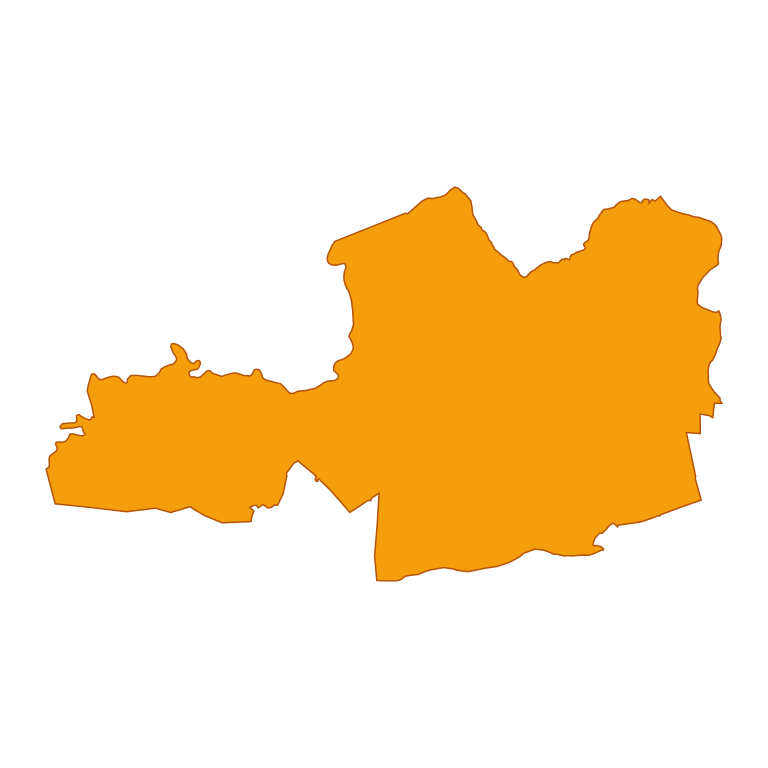 outline of Matlapa, San Luis Potosí, Mexico
{"feature_id": "50627088B6304595362200", "entity_name": "Matlapa", "entity_type": "district", "adm_level": 2, "iso_a3": "MEX", "parent_name": "Mexico", "parent_adm1": "San Luis Potosí", "projection": "albers", "projection_center": [-98.85, 21.333], "detail": "fine", "context": "isolated", "style": "filled", "palette": "amber", "viewbox_px": 768, "rotation_deg": 0, "n_neighbors": 0, "source": "geoboundaries", "source_scale": "gbopen_adm2", "svg_char_len": 6069}
<svg xmlns="http://www.w3.org/2000/svg" viewBox="0 0 768 768"><path d="M55.1,503.8L87.5,507.1L126.4,511.7L155.5,508.2L170.8,512.5L190.3,506.7L194.1,509.4L204.7,515.6L222.1,522.8L251.0,521.6L251.7,516.9L253.8,510.9L249.8,507.3L254.0,505.4L255.8,505.4L256.8,505.7L258.0,507.7L258.7,507.5L263.1,504.5L267.7,507.8L269.8,507.9L271.5,507.2L274.3,505.2L275.1,504.9L277.6,505.3L283.1,493.8L286.9,475.7L286.4,473.2L294.0,463.0L296.2,462.0L297.7,460.8L312.9,473.3L316.4,476.6L315.1,479.3L315.2,480.0L316.1,481.1L317.7,481.4L317.9,481.2L317.5,479.7L318.8,478.9L329.9,489.7L349.9,512.4L367.9,500.5L370.7,500.5L371.6,498.1L379.1,493.2L377.2,524.4L374.6,556.1L376.8,580.5L386.3,580.8L396.2,580.8L399.3,580.2L401.5,579.3L405.1,576.3L410.4,575.3L418.0,574.5L426.4,571.0L430.7,569.9L443.7,567.6L453.2,568.9L457.3,570.4L467.9,571.7L485.9,568.1L497.0,566.5L509.1,562.4L516.1,558.8L520.5,556.1L523.7,553.3L534.9,549.1L543.3,550.1L549.5,552.2L553.7,554.2L556.8,554.1L561.8,555.5L565.6,556.0L566.3,555.6L571.8,555.9L581.3,555.2L588.6,555.3L593.5,553.8L601.1,550.3L603.4,550.1L603.4,548.8L600.8,546.5L599.2,546.3L597.4,545.6L596.0,545.5L594.8,545.9L593.1,545.4L593.5,542.2L594.2,540.0L594.7,538.8L599.2,533.2L602.0,533.3L603.1,532.6L609.8,525.2L612.7,523.2L614.9,524.2L617.5,526.8L618.6,525.1L639.2,522.2L643.0,521.3L659.1,515.5L659.8,515.9L661.2,514.5L681.6,506.9L701.2,500.1L695.3,478.8L695.6,476.2L686.4,432.6L700.3,433.5L700.1,413.9L709.5,415.7L712.8,417.6L714.4,403.3L721.9,403.3L720.1,400.8L720.1,398.3L713.8,391.4L712.6,389.3L711.3,388.2L710.5,385.8L709.0,384.2L708.4,380.7L708.3,373.2L708.0,370.3L709.2,364.6L710.6,362.1L712.8,359.9L715.8,353.4L717.8,347.3L719.3,344.3L720.2,341.7L721.2,338.0L720.6,336.5L720.0,327.2L720.3,323.2L720.8,321.2L721.0,318.8L720.3,314.7L718.8,310.9L716.9,312.2L714.6,312.2L712.6,311.7L702.2,307.6L697.7,304.3L697.2,301.9L698.0,292.1L697.4,288.5L697.9,285.7L700.0,281.9L702.8,277.4L710.5,269.5L717.0,265.4L718.6,263.7L717.9,260.2L718.1,255.0L718.9,251.0L721.1,245.7L721.8,238.0L720.4,233.9L715.8,225.4L713.0,223.0L709.8,221.2L698.7,217.3L694.1,216.9L688.5,214.9L679.8,212.9L671.6,209.9L666.8,205.0L660.6,196.4L655.1,201.0L652.0,199.5L649.2,203.1L648.9,200.0L646.9,199.3L644.4,199.2L642.7,200.5L643.0,201.6L642.0,202.0L641.3,202.7L640.4,202.9L639.7,202.7L637.9,201.0L636.9,200.6L636.0,199.6L633.0,198.5L631.7,198.6L628.4,200.4L622.1,201.3L620.6,201.7L619.2,202.5L616.1,204.9L614.9,206.5L613.8,207.3L608.3,209.0L604.4,209.3L602.6,210.6L601.7,212.2L599.7,214.7L598.5,217.3L596.8,219.2L594.4,221.4L592.4,224.1L590.7,228.9L589.4,233.5L589.0,238.9L587.5,240.8L585.2,242.4L583.7,244.0L583.7,245.1L585.1,247.3L585.1,248.6L584.5,249.4L581.4,250.9L576.2,252.3L575.1,253.4L573.6,254.2L572.1,254.5L571.1,255.1L570.2,257.1L569.8,259.0L569.3,259.4L568.2,259.4L566.8,258.5L565.1,258.6L564.8,258.7L564.2,259.8L563.0,259.3L561.7,259.3L559.0,262.4L557.5,262.8L552.9,262.5L550.2,261.7L547.2,262.0L545.3,262.7L541.0,264.8L535.3,269.2L534.5,270.4L533.4,270.5L531.6,271.3L529.2,273.4L528.8,274.3L527.8,275.0L526.9,276.6L524.0,277.3L522.7,276.9L521.0,275.6L520.3,275.5L517.3,269.3L514.2,266.7L513.9,264.8L512.2,262.1L511.0,261.3L508.8,261.7L507.7,259.8L503.3,256.3L500.5,254.6L499.8,253.4L494.7,249.4L493.8,246.8L492.6,245.5L491.8,243.2L488.9,239.8L486.8,234.3L485.9,232.8L483.9,230.9L482.9,230.7L482.1,230.0L481.4,228.4L481.4,227.7L478.2,224.9L475.4,218.9L472.8,214.9L471.9,206.3L471.0,202.4L471.1,201.3L464.9,193.5L463.2,193.0L458.2,188.1L454.7,187.2L450.2,190.1L446.1,194.5L442.8,196.1L440.9,196.8L432.8,198.5L427.6,198.2L421.9,201.2L407.6,213.9L405.5,213.2L335.6,241.1L334.7,241.5L331.9,245.7L328.1,254.3L327.2,258.4L327.8,261.8L328.9,263.4L331.3,264.6L334.6,265.3L336.4,265.2L343.1,263.5L344.0,263.5L344.7,263.8L345.3,264.7L345.8,266.2L345.9,268.2L344.4,271.7L343.9,276.2L344.0,280.3L345.2,284.8L346.4,287.0L346.6,288.0L348.2,290.5L349.2,292.5L351.6,301.2L352.7,310.8L353.4,323.8L353.3,326.4L352.7,326.8L351.7,330.8L350.4,332.5L349.2,335.5L349.0,336.6L351.8,341.7L353.0,345.4L353.3,348.2L352.6,350.2L351.1,353.3L348.8,355.4L343.9,358.9L337.9,360.8L336.0,362.2L334.4,364.7L333.9,365.8L333.6,368.3L333.8,370.6L338.0,374.4L338.5,376.2L338.0,378.1L334.8,380.6L330.1,380.9L326.6,381.5L324.0,382.6L321.6,384.4L315.3,388.3L305.7,390.5L297.5,391.3L294.4,392.9L292.0,393.5L290.1,393.3L287.9,391.5L284.2,387.1L280.6,383.8L265.9,380.0L263.4,378.4L262.5,377.1L261.6,373.9L260.8,372.2L259.5,370.1L258.9,369.7L255.8,369.4L254.6,369.7L253.4,371.3L252.9,372.8L252.2,373.9L250.5,375.7L249.3,376.0L247.5,375.6L244.4,375.7L239.9,374.1L235.5,373.0L234.4,373.0L230.2,373.7L221.7,376.4L212.9,373.5L210.0,370.9L208.6,370.5L206.8,371.1L200.6,377.0L197.8,377.6L195.4,377.5L194.2,376.6L192.8,377.1L191.5,377.1L190.1,376.4L189.4,374.9L189.0,372.5L190.0,371.2L191.7,370.4L195.2,369.5L196.9,369.4L198.2,368.2L199.4,366.2L200.3,364.1L200.1,361.7L199.0,360.6L198.0,360.6L196.3,361.0L194.8,362.8L193.4,363.5L191.3,363.0L189.8,361.6L187.4,358.4L186.8,356.9L186.7,354.4L183.3,348.9L177.7,344.8L174.0,343.6L172.1,343.7L171.5,344.2L170.9,346.2L171.0,347.1L172.7,351.8L173.9,354.0L174.9,355.1L176.7,358.4L176.1,360.7L174.2,363.2L173.0,364.2L169.2,365.0L165.0,366.7L160.8,369.3L159.5,372.5L155.4,376.4L149.6,376.8L136.4,375.4L130.8,375.5L127.5,379.1L127.2,381.7L126.5,382.9L125.9,383.2L123.7,382.5L118.9,377.3L115.9,376.4L113.1,376.3L110.2,376.8L106.1,378.0L103.2,379.3L101.2,379.7L99.7,379.4L98.1,378.4L96.6,376.2L94.6,374.2L93.9,373.8L92.5,373.9L91.2,375.0L90.7,376.4L88.2,385.7L87.4,389.7L87.3,391.3L91.6,404.9L94.1,417.3L92.1,416.9L91.0,419.1L88.6,419.9L85.1,418.5L80.4,415.8L79.4,414.9L78.2,414.5L76.5,415.7L76.8,421.0L75.4,422.5L73.6,423.1L70.0,423.0L62.8,423.7L61.9,424.2L60.0,426.6L60.3,427.8L61.2,428.5L62.7,428.8L67.1,428.1L72.2,428.0L76.2,427.5L78.9,426.6L80.5,426.5L82.1,427.3L83.4,431.6L84.8,433.6L84.7,434.4L83.1,435.8L80.0,435.6L72.8,433.8L69.9,434.1L68.4,437.9L65.7,441.2L62.3,442.3L59.1,441.9L56.1,442.4L55.5,443.5L57.3,448.6L56.5,450.7L55.6,451.7L50.5,455.3L49.5,456.9L49.1,458.8L49.3,463.7L49.2,466.7L46.8,468.9L46.1,469.1L55.1,503.8Z" fill="#f59e0b" stroke="#b45309" stroke-width="1.5"/></svg>